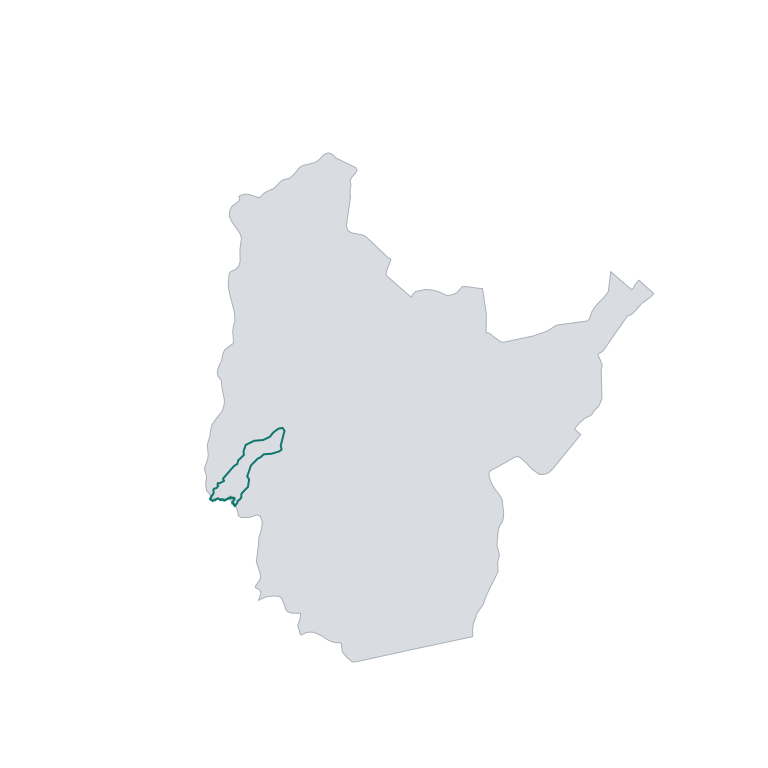 Yambio, Western Equatoria, South Sudan (highlighted), rotated 41°
{"feature_id": "79223893B76948069319823", "entity_name": "Yambio", "entity_type": "district", "adm_level": 2, "iso_a3": "SSD", "parent_name": "South Sudan", "parent_adm1": "Western Equatoria", "projection": "equal_earth", "projection_center": [28.647, 5.178], "detail": "fine", "context": "in_parent", "style": "outline", "palette": "teal", "viewbox_px": 768, "rotation_deg": 41, "n_neighbors": 0, "source": "geoboundaries", "source_scale": "gbopen_adm2", "svg_char_len": 6959}
<svg xmlns="http://www.w3.org/2000/svg" viewBox="0 0 768 768"><g transform="rotate(41 384 384)"><path d="M562.7,588.4L545.6,611.4L544.4,612.8L542.3,614.6L535.4,614.7L528.3,613.5L521.7,607.6L515.0,612.2L510.8,613.6L508.2,614.2L502.3,614.9L493.9,617.4L490.2,620.5L488.1,623.0L486.4,627.5L485.6,627.9L484.0,627.4L481.9,625.6L477.4,623.0L475.2,617.2L473.1,613.8L471.4,611.9L464.3,617.7L460.9,619.0L458.1,618.8L452.9,615.6L447.2,612.9L444.3,612.9L439.9,616.3L435.0,621.5L432.4,626.5L431.2,629.6L429.4,624.9L427.8,622.0L425.3,620.9L420.6,622.0L419.5,620.4L419.2,616.4L418.5,612.8L417.3,610.1L413.6,607.4L404.2,601.8L396.9,590.8L393.2,585.6L390.5,582.3L386.7,573.6L382.4,567.7L377.2,564.9L373.7,566.3L370.2,572.7L363.5,578.7L360.4,578.9L356.5,575.6L351.5,573.3L342.6,572.3L338.9,575.1L334.1,579.7L330.1,582.5L327.5,582.8L325.2,581.7L322.5,581.1L320.2,581.0L315.4,576.8L313.0,573.7L311.3,570.8L308.6,568.7L305.5,567.0L303.3,564.4L302.1,561.1L300.4,556.9L298.1,553.0L290.8,546.2L288.7,542.1L287.2,538.2L284.2,533.8L281.0,528.0L280.0,519.5L279.9,512.6L279.2,509.4L277.9,506.2L276.3,503.6L273.8,500.5L267.9,496.1L261.8,491.0L258.9,488.0L253.3,486.9L250.0,484.0L247.2,477.6L246.1,472.5L243.3,468.5L242.1,465.6L241.4,462.3L243.6,452.1L240.4,448.5L235.6,443.9L232.2,438.8L230.1,434.1L223.9,427.9L210.5,418.7L202.7,412.8L198.5,407.5L194.8,402.3L194.4,400.2L196.8,395.0L197.2,390.8L195.2,386.1L187.2,377.2L180.8,367.5L175.9,364.5L164.2,361.8L160.9,360.7L157.3,358.9L153.9,354.5L152.7,349.3L154.5,341.1L153.4,338.5L151.4,337.8L152.0,336.1L154.2,332.1L157.8,329.5L167.5,325.4L168.1,323.8L168.3,318.7L169.1,316.1L172.4,309.0L172.9,306.1L173.1,300.1L173.5,297.2L174.5,295.1L177.2,291.6L178.1,289.4L178.5,284.8L178.3,275.5L179.7,271.9L185.8,263.5L187.4,259.8L188.0,256.4L187.9,253.0L188.3,249.7L190.1,246.4L191.7,245.4L196.2,244.4L199.2,245.0L220.6,239.3L223.1,240.1L224.2,243.5L224.1,248.9L224.5,251.5L225.6,253.4L229.0,256.0L231.3,260.3L232.6,261.9L236.0,264.8L251.9,289.5L256.3,291.9L260.7,291.0L269.4,285.9L273.7,284.6L303.9,286.0L307.3,285.3L307.5,285.4L312.1,297.8L314.3,300.6L347.5,300.7L346.9,297.2L347.3,293.3L353.1,285.7L354.0,284.8L359.1,281.2L364.1,278.7L373.7,275.9L377.2,271.4L379.1,267.3L379.2,259.3L380.5,257.9L382.8,256.1L393.9,248.9L395.7,247.3L415.4,264.1L426.5,277.3L427.1,278.0L427.7,278.2L428.3,277.8L428.8,277.2L430.1,276.6L434.9,276.4L443.8,275.8L446.7,274.2L464.6,250.5L469.1,243.0L470.2,241.4L472.8,236.0L475.5,226.8L476.1,225.8L495.6,203.6L496.3,201.9L496.4,200.5L493.4,193.0L492.8,189.2L492.6,183.4L493.2,174.4L492.9,168.6L492.7,167.1L492.5,166.8L481.5,150.5L509.1,150.4L509.2,148.3L509.1,147.7L508.5,145.7L508.2,143.1L508.2,141.7L508.4,140.3L508.4,139.6L508.3,139.0L508.3,138.7L508.4,138.4L528.3,138.8L528.0,143.4L525.7,154.2L525.8,160.7L525.3,168.1L524.6,170.3L523.6,172.1L523.2,172.9L523.2,173.7L527.6,215.2L527.3,217.0L526.2,219.6L525.9,220.4L525.9,221.1L526.3,221.5L535.5,226.0L535.9,226.3L536.3,226.7L539.6,232.0L557.8,251.7L558.4,252.7L560.3,258.9L560.5,259.9L560.6,261.3L560.5,262.5L560.1,266.2L560.3,267.9L560.6,269.0L560.8,270.3L560.8,270.7L560.7,271.6L558.0,278.7L557.2,283.8L557.0,288.1L557.1,290.6L557.4,292.2L557.7,292.9L557.9,293.1L565.7,293.1L565.7,295.4L566.9,333.0L567.0,337.2L566.7,342.5L565.8,344.6L563.6,347.6L560.8,350.3L553.8,351.0L548.0,350.9L543.8,350.3L538.1,350.1L532.8,350.7L530.8,353.0L523.8,373.0L521.7,378.0L521.1,380.9L521.8,382.7L524.5,385.2L530.6,388.7L537.6,390.8L542.8,391.7L546.3,392.7L549.0,393.8L559.0,402.9L562.1,407.1L563.9,410.8L564.3,414.8L565.8,418.9L574.8,431.4L583.4,437.3L586.7,444.0L589.9,447.2L593.0,450.7L594.6,455.9L598.4,471.0L600.9,478.9L603.5,485.4L604.6,495.9L606.6,500.6L608.7,506.4L612.2,511.5L615.9,515.5L616.6,516.6L579.5,565.8L562.7,588.4Z" fill="#d9dde1" stroke="#a8b0b8" stroke-width="1"/><path d="M336.2,483.7L333.6,487.0L332.2,493.5L332.5,498.7L329.6,505.5L323.2,512.1L319.6,520.6L322.0,526.7L324.8,529.5L324.1,537.4L325.7,540.6L324.6,544.5L324.6,561.1L326.8,562.1L325.0,566.8L323.6,567.7L324.4,569.2L325.8,569.7L325.8,572.5L324.4,574.6L324.7,575.9L327.0,578.1L327.5,580.4L327.1,581.1L327.2,581.3L327.4,581.5L327.5,581.6L327.6,581.8L327.5,582.0L327.5,582.4L327.6,582.5L327.7,582.8L327.7,583.1L327.8,583.4L327.8,583.6L327.7,584.0L327.8,584.3L328.0,584.3L328.0,584.5L328.1,584.8L328.3,584.9L328.4,584.6L328.5,584.4L328.9,584.4L329.1,584.5L329.3,584.7L329.3,584.8L329.5,584.9L329.7,585.0L329.8,584.9L330.0,584.8L330.0,584.6L330.3,584.5L330.5,584.5L330.8,584.5L331.0,584.6L331.2,584.4L331.2,584.2L331.4,584.2L331.5,584.3L331.6,584.0L331.7,583.9L331.8,583.6L331.9,583.4L332.1,583.5L332.2,583.4L332.3,583.1L332.4,582.9L332.6,582.6L332.8,582.5L332.9,582.3L332.9,582.0L332.8,581.8L332.7,581.6L332.9,581.4L333.1,581.3L333.2,581.1L333.0,580.7L333.3,580.5L333.4,580.4L333.6,580.2L333.7,579.9L333.5,579.6L333.6,579.3L333.8,579.4L334.0,579.4L334.3,579.3L334.5,579.2L334.8,579.1L335.0,578.9L335.2,579.0L335.4,579.0L335.5,578.9L335.8,579.0L336.0,579.0L336.4,579.1L336.5,579.0L336.8,578.9L336.9,578.5L336.9,578.4L337.0,578.1L337.3,578.0L337.3,577.7L337.3,577.3L337.4,577.2L337.5,577.0L337.7,576.9L337.9,576.9L338.0,576.9L338.2,577.1L338.4,577.1L338.6,577.0L338.7,576.9L338.8,576.9L338.9,577.0L339.0,577.1L339.2,576.9L339.4,576.7L339.5,576.6L339.8,576.8L339.9,576.7L340.1,576.5L340.2,576.4L340.3,576.4L340.4,576.1L340.2,575.9L340.2,575.7L340.4,575.6L340.6,575.5L340.7,575.2L340.8,575.0L340.9,574.9L340.9,574.7L340.9,574.3L340.9,574.1L341.0,574.0L341.0,573.8L341.0,573.7L341.3,573.6L341.4,573.4L341.5,573.3L341.6,573.1L341.5,572.8L341.4,572.7L341.3,572.3L341.3,572.1L341.4,571.9L341.6,571.8L341.8,571.7L341.8,571.8L342.0,571.8L342.2,571.5L342.3,571.4L342.4,571.2L342.5,571.2L342.4,570.9L342.2,570.9L342.2,570.7L342.3,570.6L342.5,570.4L342.6,570.1L342.5,569.9L342.8,569.9L342.8,570.1L342.9,570.3L343.0,570.3L343.1,570.2L343.3,570.0L343.5,570.0L343.8,570.0L343.8,569.8L343.9,570.0L344.1,569.9L344.3,569.8L344.3,569.7L344.5,569.6L344.6,569.4L344.6,569.1L344.8,569.2L345.0,569.0L345.0,568.8L345.3,568.7L345.5,568.5L345.8,568.7L346.0,568.7L346.1,568.8L346.3,568.8L346.5,568.6L346.6,568.8L346.7,569.0L346.8,569.2L346.9,569.3L347.0,569.4L346.9,569.6L346.7,569.8L346.7,570.0L346.8,570.3L346.9,570.5L347.0,570.6L347.0,570.9L346.9,570.9L346.9,571.1L346.9,571.3L346.9,571.5L347.0,571.7L346.9,571.8L346.9,572.0L347.0,572.4L347.1,572.6L347.2,572.8L347.2,573.0L347.4,573.1L347.5,573.2L347.6,573.4L347.6,573.5L347.8,573.6L347.9,573.4L348.0,573.3L348.2,573.5L348.3,573.4L348.4,573.1L348.5,573.0L348.7,572.9L348.8,572.9L348.9,573.0L349.0,573.0L349.2,572.9L349.3,573.0L349.5,573.2L349.6,573.4L349.8,573.4L349.9,573.5L350.0,573.6L350.3,573.8L350.5,573.8L350.6,573.7L350.8,573.4L350.9,573.5L351.0,573.8L351.3,573.9L351.5,574.0L351.6,573.8L351.1,569.5L350.2,568.2L350.9,566.5L350.8,563.4L348.4,560.3L348.6,554.3L348.9,551.0L344.8,544.5L341.4,543.5L337.0,532.7L337.7,522.9L338.9,520.3L339.4,515.9L344.9,510.4L349.2,503.5L349.7,500.6L346.5,498.3L339.6,484.6L336.2,483.7Z" fill="none" stroke="#0f766e" stroke-width="2"/></g></svg>